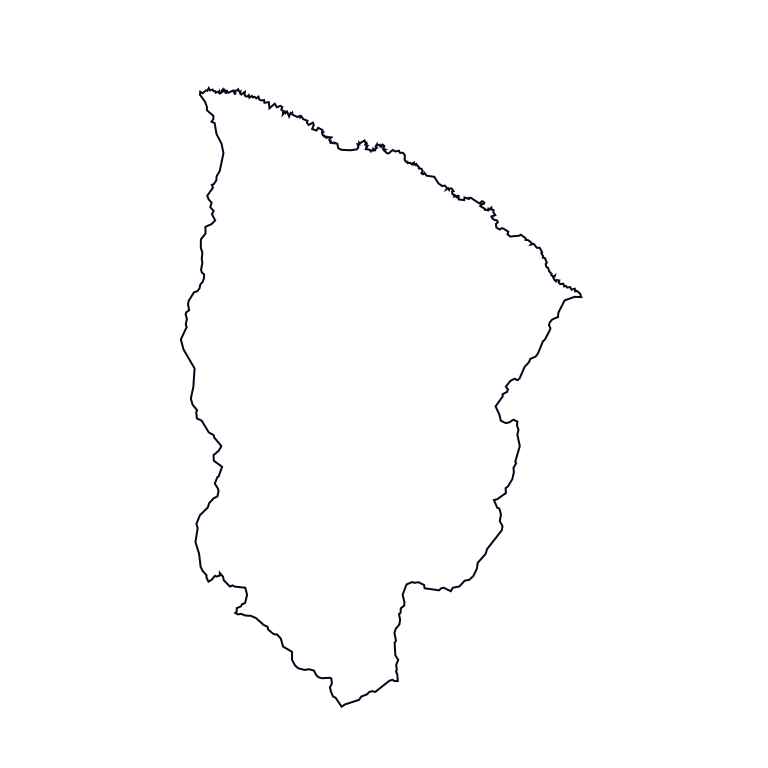 the district of Sao Joao Baptista, Ribeira Grande de Santiago, Cabo Verde, rotated 173°
{"feature_id": "66160863B53173453259277", "entity_name": "Sao Joao Baptista", "entity_type": "district", "adm_level": 2, "iso_a3": "CPV", "parent_name": "Cabo Verde", "parent_adm1": "Ribeira Grande de Santiago", "projection": "mercator", "projection_center": [-23.659, 14.991], "detail": "fine", "context": "isolated", "style": "outline", "palette": "ink", "viewbox_px": 768, "rotation_deg": 173, "n_neighbors": 0, "source": "geoboundaries", "source_scale": "gbopen_adm2", "svg_char_len": 6143}
<svg xmlns="http://www.w3.org/2000/svg" viewBox="0 0 768 768"><g transform="rotate(173 384 384)"><path d="M177.6,446.2L178.5,450.0L181.4,453.0L183.0,452.7L183.0,455.3L186.4,454.8L187.4,457.5L190.4,457.4L191.5,459.2L193.3,458.9L193.8,461.7L197.0,461.7L198.3,463.6L197.4,465.4L200.2,466.2L200.9,464.9L202.1,466.4L203.1,469.2L201.6,469.9L201.3,470.6L202.5,469.8L204.8,471.7L204.2,472.9L206.2,475.4L207.0,479.2L208.7,480.6L208.9,483.3L207.6,484.6L209.0,489.5L211.0,490.0L210.6,491.8L211.9,494.5L211.0,495.2L212.9,500.2L215.7,500.6L218.3,504.8L221.2,504.5L220.1,505.5L221.1,507.0L223.8,509.5L225.9,509.7L225.7,511.5L230.0,515.5L231.7,514.7L240.8,515.0L243.2,517.6L242.0,520.0L246.7,523.8L248.2,524.3L250.3,523.2L253.4,525.6L253.4,529.2L251.3,530.7L251.8,532.5L254.5,533.5L256.4,535.2L255.8,536.6L257.8,537.1L253.0,538.0L254.5,541.1L254.1,543.3L256.0,544.1L256.0,546.0L258.7,544.0L259.2,545.0L259.8,543.7L262.8,544.8L262.5,545.6L266.7,548.8L265.7,549.4L265.9,550.5L262.9,550.7L262.4,552.0L264.4,553.5L267.4,551.6L275.2,558.3L277.2,558.3L277.3,557.4L281.4,559.3L282.0,556.7L287.3,558.1L287.0,562.5L288.2,560.1L289.1,560.5L288.8,561.6L291.6,561.6L290.9,562.9L293.0,564.2L292.9,566.8L291.5,567.0L293.2,569.9L295.4,570.0L295.8,568.9L296.5,570.4L298.3,569.6L297.5,570.7L299.5,573.5L302.1,573.4L305.6,576.6L308.8,583.5L316.2,585.5L318.2,588.7L319.1,587.4L320.4,587.7L321.2,588.8L319.7,590.7L320.6,593.1L323.1,593.7L322.8,594.7L324.5,597.4L325.3,597.2L325.2,598.5L328.0,598.1L327.4,600.0L330.0,598.9L331.0,600.3L333.7,600.4L333.7,601.8L335.2,602.0L336.2,603.9L335.4,608.5L337.0,611.1L340.1,611.6L340.7,613.7L344.4,613.4L346.9,615.2L351.1,612.4L352.7,612.5L355.7,616.0L354.1,616.5L356.2,617.7L354.7,620.2L356.2,621.7L357.4,620.2L357.5,621.1L358.7,620.3L359.1,622.0L362.0,621.7L361.9,622.6L363.4,620.9L362.3,619.3L363.7,618.9L364.2,617.1L365.2,617.0L366.1,618.7L366.9,617.0L368.6,617.6L368.9,616.7L370.0,618.4L373.4,619.3L371.8,621.6L372.7,621.3L371.9,624.1L373.3,624.0L372.2,625.9L373.4,626.4L373.7,628.1L378.7,625.8L379.1,626.4L379.2,624.7L381.0,625.3L380.5,622.1L382.4,620.2L389.0,620.1L397.9,621.7L400.7,623.6L401.0,628.1L403.8,629.6L403.9,628.9L407.6,629.9L407.0,631.3L408.1,631.4L408.5,633.4L406.2,635.2L409.4,635.9L411.0,635.3L411.0,636.5L413.0,636.7L413.1,637.9L414.4,638.3L415.0,640.6L413.5,641.5L414.5,642.3L414.1,643.6L418.1,646.3L420.1,643.8L424.2,645.8L422.1,649.8L422.8,652.1L427.1,650.3L428.7,652.8L427.9,654.6L432.0,656.8L433.2,659.4L434.2,658.9L433.6,660.9L434.8,659.4L435.5,660.3L437.2,659.4L441.9,662.4L442.0,664.0L442.5,663.3L443.7,664.4L445.6,661.1L447.0,666.2L448.8,664.8L449.2,666.4L451.5,664.0L450.8,667.3L452.5,668.8L451.2,671.3L453.0,672.7L456.6,671.7L458.3,675.5L464.1,671.6L464.0,677.8L468.4,677.7L468.5,680.5L470.4,680.2L473.1,681.5L473.6,684.5L476.0,683.0L477.5,684.9L479.4,684.5L480.2,686.1L482.7,684.6L483.1,687.2L484.4,686.0L486.2,686.4L487.1,687.4L486.5,690.9L490.3,688.7L491.2,689.5L490.8,691.6L491.6,691.0L492.9,694.3L494.0,693.2L495.9,693.3L496.3,689.3L498.1,693.7L502.8,692.0L504.0,693.8L505.0,692.1L506.0,692.6L505.7,694.6L506.6,695.6L507.7,694.6L507.9,696.1L509.1,695.0L508.1,694.1L511.2,692.4L511.7,694.2L512.1,693.0L513.1,694.2L515.5,693.6L515.6,695.1L517.4,695.4L518.1,697.1L520.8,696.6L521.9,699.1L523.6,696.6L524.9,697.1L528.6,694.7L530.8,696.4L531.4,693.4L527.4,686.4L526.0,680.8L526.4,677.3L520.7,671.0L521.0,667.9L523.2,665.3L520.3,663.6L519.8,652.5L516.0,642.6L515.2,632.7L521.1,615.4L524.8,610.6L525.6,606.6L528.7,603.0L530.5,602.7L529.9,599.6L536.5,592.4L535.6,588.7L533.0,584.9L534.9,580.7L532.0,576.6L534.1,573.5L531.6,567.0L535.7,563.7L542.1,561.8L542.8,555.1L548.1,549.9L549.2,541.8L548.3,536.2L549.7,530.2L549.5,526.4L551.7,519.6L551.1,516.7L549.2,514.7L549.7,511.2L551.3,507.7L554.1,505.2L555.6,501.2L558.0,498.8L561.3,498.3L567.7,490.4L568.8,487.1L568.4,481.0L571.3,479.4L572.4,477.5L571.7,472.6L573.5,467.4L572.9,464.6L580.2,453.0L578.8,442.8L570.1,422.5L573.6,404.3L577.5,393.1L576.5,386.8L572.7,380.7L573.8,379.2L573.9,372.6L569.4,369.8L563.8,357.3L559.2,353.9L559.0,351.5L553.0,342.2L556.2,337.9L561.8,334.2L562.3,328.6L554.8,321.5L559.6,312.1L560.7,311.9L564.1,305.8L561.5,300.3L561.3,297.6L563.1,292.7L566.9,291.4L571.9,287.2L573.9,283.0L582.7,276.2L587.2,268.1L586.5,263.8L590.4,250.0L588.2,238.0L588.3,224.9L586.8,220.6L583.5,215.9L583.8,213.5L582.3,209.2L579.0,210.6L575.2,214.2L573.6,213.3L570.3,213.9L570.0,216.5L567.3,212.5L566.9,208.6L561.5,201.7L559.0,202.6L556.5,201.0L546.5,198.7L545.6,191.5L548.5,183.6L551.8,182.7L553.1,180.7L557.4,179.5L558.0,176.0L559.5,174.8L557.0,173.1L554.0,173.3L549.8,171.1L544.4,170.1L539.6,167.3L532.8,159.5L529.1,157.2L529.0,154.6L525.8,151.0L523.8,149.1L520.7,148.4L517.4,143.7L516.2,135.7L507.9,129.3L508.9,121.4L506.6,115.5L503.8,112.3L497.8,109.9L493.1,110.0L488.5,108.1L486.7,103.3L484.7,100.9L481.4,99.5L473.4,99.0L472.1,97.9L472.3,92.9L474.7,89.5L473.9,83.9L472.5,79.8L470.4,78.7L465.4,68.9L461.8,70.7L447.2,73.6L444.7,76.5L438.6,78.1L436.1,80.2L432.7,80.5L430.3,79.4L414.8,88.8L411.6,89.4L409.7,87.8L406.5,87.5L406.2,94.7L407.2,96.9L406.2,98.4L406.1,103.9L403.5,108.4L405.8,113.3L405.0,125.9L403.4,127.6L404.0,135.8L402.0,139.8L398.0,143.5L396.7,148.3L397.2,153.7L395.4,154.9L394.7,159.3L391.0,161.5L390.3,164.8L391.2,172.6L386.1,182.3L380.2,184.0L378.0,182.9L374.0,183.1L368.7,179.6L368.6,176.3L354.5,172.5L352.0,174.3L349.5,174.5L343.0,170.2L340.5,173.4L333.8,173.9L327.8,179.0L323.3,179.2L318.6,182.6L314.3,189.5L312.8,195.1L304.0,202.8L301.8,207.6L284.9,224.5L283.7,228.4L285.8,233.9L283.8,240.2L284.7,246.3L286.7,247.4L289.0,255.4L285.6,255.9L276.3,260.9L276.0,265.8L273.5,267.2L268.2,274.0L265.8,280.8L265.7,285.0L262.5,289.3L263.2,290.8L256.8,305.8L257.8,317.6L256.1,322.1L257.0,326.7L256.2,330.5L260.0,332.8L264.4,330.6L268.0,330.4L272.5,333.3L273.2,339.5L276.0,348.2L267.7,357.2L267.5,359.4L262.8,361.2L261.6,363.5L263.4,366.5L258.1,371.8L253.6,373.3L251.1,371.5L248.8,372.9L242.2,384.1L237.5,387.9L235.7,391.1L230.2,392.7L227.5,395.5L221.0,407.1L219.1,408.2L212.9,417.1L212.0,419.0L213.1,422.2L212.1,424.8L209.1,427.6L203.2,429.2L202.2,433.6L194.5,445.0L184.1,447.3L177.6,446.2Z" fill="none" stroke="#020617" stroke-width="2"/></g></svg>